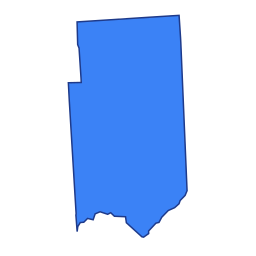 Fremont, Colorado, United States of America (Albers equal-area conic projection), rotated 267°
{"feature_id": "52423323B14267745196837", "entity_name": "Fremont", "entity_type": "district", "adm_level": 2, "iso_a3": "USA", "parent_name": "United States of America", "parent_adm1": "Colorado", "projection": "albers", "projection_center": [-105.647, 38.478], "detail": "fine", "context": "isolated", "style": "filled", "palette": "blue", "viewbox_px": 256, "rotation_deg": 267, "n_neighbors": 0, "source": "geoboundaries", "source_scale": "gbopen_adm2", "svg_char_len": 618}
<svg xmlns="http://www.w3.org/2000/svg" viewBox="0 0 256 256"><g transform="rotate(267 128 128)"><path d="M237.0,116.7L236.6,82.7L213.9,82.1L210.3,83.3L180.0,83.7L175.9,83.7L176.3,70.8L157.7,70.8L45.2,71.7L43.7,71.4L27.2,71.8L32.2,72.7L36.1,75.4L36.2,78.9L39.8,82.9L38.2,88.4L44.0,90.7L45.8,95.7L42.9,103.2L44.3,106.3L40.6,109.8L39.5,120.9L33.5,121.4L18.6,136.2L18.2,137.9L21.5,143.1L24.1,143.2L31.5,150.9L32.1,154.0L37.1,157.0L43.5,163.9L46.0,170.4L49.7,175.0L52.9,176.3L57.7,181.5L62.3,183.7L210.3,185.2L215.5,185.2L237.8,184.9L237.5,155.2L237.0,116.7Z" fill="#3b82f6" stroke="#1e3a8a" stroke-width="1.5"/></g></svg>